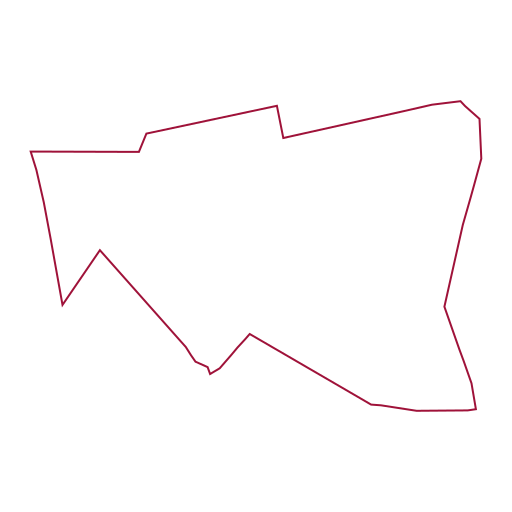 outline of Dom Expedito Lopes, Piauí, Brazil
{"feature_id": "56859067B17233076889044", "entity_name": "Dom Expedito Lopes", "entity_type": "district", "adm_level": 2, "iso_a3": "BRA", "parent_name": "Brazil", "parent_adm1": "Piauí", "projection": "albers", "projection_center": [-41.693, -6.966], "detail": "fine", "context": "isolated", "style": "outline", "palette": "rose", "viewbox_px": 512, "rotation_deg": 0, "n_neighbors": 0, "source": "geoboundaries", "source_scale": "gbopen_adm2", "svg_char_len": 636}
<svg xmlns="http://www.w3.org/2000/svg" viewBox="0 0 512 512"><path d="M479.5,118.9L465.1,106.1L460.5,101.2L432.0,104.7L403.5,111.2L283.3,138.0L276.9,105.8L146.4,133.6L138.9,151.9L41.4,151.6L30.7,151.6L36.4,170.0L43.8,202.4L50.7,239.1L62.5,304.9L99.9,250.2L180.0,340.5L185.8,347.0L191.1,355.4L195.5,361.7L207.6,367.1L210.1,374.0L219.7,368.3L231.5,354.7L237.6,347.4L245.0,339.4L249.7,334.0L327.3,379.1L371.1,404.6L380.9,405.3L416.6,410.8L467.7,410.4L475.9,409.2L471.5,383.3L463.7,361.1L459.4,349.5L455.5,338.4L444.4,306.7L462.8,224.9L470.6,197.6L474.0,185.4L481.3,158.7L479.5,118.9Z" fill="none" stroke="#9f1239" stroke-width="2"/></svg>